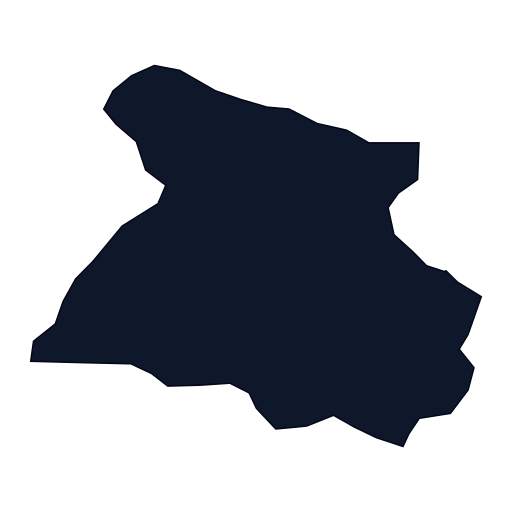 outline of Karlskoga, Orebro, Sweden
{"feature_id": "70781695B86171963253303", "entity_name": "Karlskoga", "entity_type": "district", "adm_level": 2, "iso_a3": "SWE", "parent_name": "Sweden", "parent_adm1": "Orebro", "projection": "natural_earth1", "projection_center": [14.6, 59.407], "detail": "fine", "context": "isolated", "style": "filled", "palette": "ink", "viewbox_px": 512, "rotation_deg": 0, "n_neighbors": 0, "source": "geoboundaries", "source_scale": "gbopen_adm2", "svg_char_len": 849}
<svg xmlns="http://www.w3.org/2000/svg" viewBox="0 0 512 512"><path d="M49.6,328.4L33.5,341.2L30.7,361.3L87.9,362.8L130.8,363.8L151.5,373.5L167.8,386.1L200.3,385.2L229.9,383.2L249.1,392.9L256.5,408.5L275.8,429.0L299.2,426.8L306.8,426.0L333.5,415.3L354.2,427.0L376.4,437.7L403.0,446.5L408.9,433.8L419.3,418.3L450.4,413.4L468.1,390.0L474.0,367.7L459.2,349.2L468.0,334.6L468.7,332.7L481.3,296.7L457.6,282.2L446.0,270.8L444.3,271.5L426.5,265.7L413.2,252.1L394.0,234.7L388.1,207.6L398.4,193.1L417.6,179.5L419.0,142.8L417.9,142.8L368.8,142.8L346.7,130.2L317.1,123.5L289.0,109.0L266.9,107.1L240.3,99.3L215.2,90.7L179.8,70.4L154.4,65.5L131.7,75.6L113.1,90.8L103.7,109.1L116.1,124.3L136.3,141.6L145.6,170.0L165.8,185.3L158.0,203.6L122.2,226.0L92.7,261.6L75.6,278.9L63.1,301.4L55.3,323.8L49.6,328.4Z" fill="#0f172a" stroke="#020617" stroke-width="1.5"/></svg>